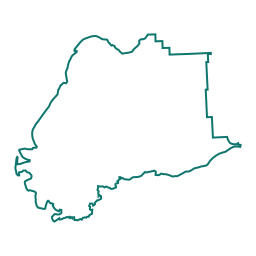 the district of Kusilvak, Alaska, United States of America
{"feature_id": "52423323B57268278189593", "entity_name": "Kusilvak", "entity_type": "district", "adm_level": 2, "iso_a3": "USA", "parent_name": "United States of America", "parent_adm1": "Alaska", "projection": "orthographic", "projection_center": [-164.106, 62.097], "detail": "fine", "context": "isolated", "style": "outline", "palette": "teal", "viewbox_px": 256, "rotation_deg": 0, "n_neighbors": 0, "source": "geoboundaries", "source_scale": "gbopen_adm2", "svg_char_len": 4104}
<svg xmlns="http://www.w3.org/2000/svg" viewBox="0 0 256 256"><path d="M147.8,34.6L145.5,38.0L144.6,38.7L143.3,39.2L142.4,39.3L142.0,39.1L141.6,39.1L139.8,40.0L139.4,40.6L139.2,41.0L139.2,41.5L139.4,43.3L139.3,43.7L139.1,44.1L137.1,46.4L136.4,46.9L133.6,49.4L132.2,51.6L131.7,51.9L128.9,52.6L122.3,53.6L120.5,52.2L118.6,50.0L118.0,49.6L116.5,48.8L115.3,47.7L114.8,46.9L114.5,46.0L112.3,45.1L111.4,45.5L110.2,44.2L108.2,41.8L107.5,40.4L107.4,40.0L107.2,39.8L106.4,39.5L105.2,39.5L101.7,39.1L100.9,38.3L98.7,37.1L96.3,36.1L95.2,36.0L92.6,36.2L90.1,36.8L84.6,38.8L82.5,40.0L79.9,42.7L74.8,49.0L74.6,49.5L74.4,50.4L74.5,50.8L74.6,51.0L75.6,50.6L76.8,51.2L76.6,52.1L73.0,55.0L71.8,56.2L70.0,60.0L69.3,61.0L68.2,64.3L67.4,68.4L66.8,69.4L65.9,72.0L65.8,72.7L65.8,73.8L67.2,81.7L66.0,83.2L63.5,82.9L61.1,85.1L60.7,85.2L59.2,88.5L58.3,89.7L57.5,94.5L53.7,98.6L51.1,101.9L50.1,103.8L49.4,105.7L48.4,107.3L47.1,108.9L42.3,115.4L37.7,121.9L35.7,124.4L34.4,126.9L32.8,129.6L32.2,132.4L32.2,135.3L32.7,138.4L34.1,142.1L34.8,143.9L36.8,146.6L36.4,147.7L34.2,147.7L32.9,148.0L32.7,148.2L32.7,148.7L32.3,149.1L31.9,149.3L27.6,149.2L24.5,148.6L19.6,149.7L19.2,149.9L19.2,150.6L19.3,150.9L22.3,156.6L22.8,157.2L25.0,158.6L27.9,159.9L29.6,160.1L29.6,161.4L29.1,161.5L26.1,162.0L23.6,162.7L21.8,163.3L21.2,163.7L20.3,163.9L17.4,164.3L17.1,164.2L17.1,163.7L17.2,161.5L17.5,158.1L17.6,157.1L17.2,156.9L16.8,157.7L16.5,158.8L15.4,167.7L15.4,168.2L15.5,168.8L15.9,170.7L16.2,171.4L16.4,173.7L17.0,174.4L17.9,175.4L19.2,175.4L19.2,174.7L18.8,173.0L19.3,172.2L20.8,172.1L22.2,171.7L22.7,171.2L22.9,170.9L23.5,170.5L25.5,170.5L27.2,172.3L29.4,172.8L31.4,175.3L31.6,176.0L31.5,177.0L30.8,178.6L29.9,179.1L29.5,179.1L27.8,179.8L25.0,181.4L24.8,182.2L24.8,182.7L25.0,183.9L26.3,188.1L27.0,189.4L28.0,190.4L28.6,190.7L28.9,190.4L29.7,190.2L34.4,191.5L35.5,192.3L35.9,192.9L36.0,193.7L35.7,194.5L35.4,196.1L35.5,197.4L35.8,199.7L35.6,201.7L36.9,206.2L38.2,207.7L41.9,208.5L43.5,208.9L44.7,208.9L45.3,208.5L45.6,206.4L47.1,201.8L47.8,200.8L48.5,200.8L50.2,203.2L51.8,203.4L52.9,203.7L53.1,203.8L53.2,204.5L52.7,205.4L52.8,205.7L53.1,206.3L54.9,209.1L57.2,210.6L59.0,211.3L59.7,209.7L61.3,209.9L61.4,211.6L61.3,213.0L60.9,213.5L59.5,214.3L58.6,214.5L56.2,214.3L55.7,214.2L55.0,214.1L54.3,214.4L52.1,216.7L51.9,216.9L51.9,217.4L52.7,220.1L54.2,221.5L54.4,221.6L59.3,218.3L59.7,219.5L61.7,219.2L63.8,218.1L65.0,217.9L67.2,216.9L68.3,217.5L68.8,217.2L69.8,217.9L69.9,216.8L70.8,217.0L71.9,218.0L71.9,217.4L74.1,217.2L74.2,219.4L74.6,220.1L75.7,219.9L77.5,220.3L80.5,219.0L81.8,219.7L82.9,217.8L84.8,217.4L86.3,217.6L86.9,216.8L88.7,216.7L89.4,215.1L91.9,213.9L92.3,209.7L90.6,210.0L89.8,209.1L90.2,206.9L89.1,206.0L90.1,203.6L91.9,203.5L92.9,204.4L93.2,205.6L94.9,204.3L94.8,202.9L97.2,200.3L97.9,200.4L100.9,198.9L101.2,198.0L100.8,195.9L99.9,195.4L98.6,196.3L98.7,194.9L98.2,193.1L98.7,191.5L97.5,190.0L98.1,187.8L98.1,186.1L100.4,186.6L102.6,186.3L104.6,187.4L106.0,186.5L109.0,187.8L109.7,187.8L111.0,188.9L112.8,188.8L116.0,187.4L116.1,186.6L115.3,185.2L115.7,183.7L118.1,183.0L118.2,182.0L117.4,181.2L118.8,180.0L119.5,178.8L119.4,177.1L120.3,177.1L120.7,178.7L122.1,177.8L124.6,179.3L129.3,179.7L130.6,179.0L132.0,177.7L133.4,177.2L137.3,177.0L139.0,176.7L140.9,176.0L141.5,175.6L145.0,172.0L146.4,172.5L154.4,170.7L155.8,171.7L155.6,174.9L158.5,175.2L159.6,174.8L161.1,173.6L163.5,174.2L165.2,174.1L168.8,175.0L171.6,176.2L173.2,176.5L175.2,176.1L177.4,176.1L183.5,172.9L185.0,171.9L186.3,171.5L188.7,171.5L191.0,170.5L194.2,168.4L198.8,167.3L200.7,166.6L206.3,165.5L207.9,164.1L209.9,161.0L212.5,158.3L215.6,155.9L219.0,153.8L222.4,152.6L225.6,151.7L230.5,148.3L232.6,147.2L234.6,146.5L237.8,146.5L240.2,146.9L240.6,145.5L240.6,144.9L238.3,144.5L238.1,143.2L236.8,144.0L235.5,144.3L232.7,144.1L231.1,143.6L229.9,142.8L228.6,141.0L227.5,138.4L227.1,136.9L212.9,137.6L212.5,129.0L211.9,117.0L207.0,117.2L205.9,93.3L205.7,89.7L207.6,89.6L206.3,62.1L208.2,62.0L207.8,54.1L210.9,53.9L210.8,52.9L189.4,53.9L169.6,54.6L169.4,47.8L162.6,48.0L162.4,41.1L155.5,41.3L155.4,34.4L147.8,34.6Z" fill="none" stroke="#0f766e" stroke-width="2"/></svg>